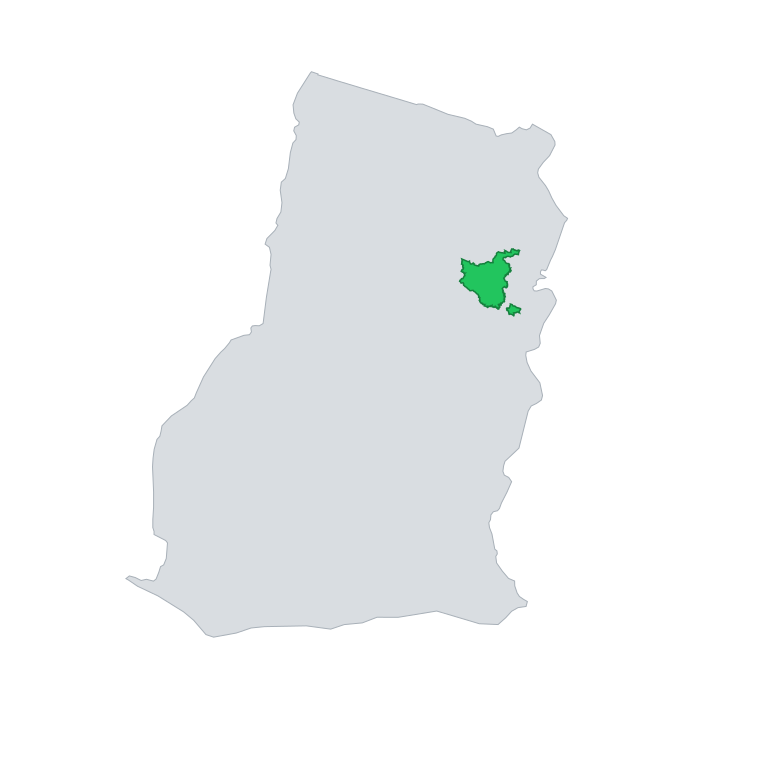 Mion, Northern, Ghana shown in context, rotated 17°
{"feature_id": "2480657B42193515445029", "entity_name": "Mion", "entity_type": "district", "adm_level": 2, "iso_a3": "GHA", "parent_name": "Ghana", "parent_adm1": "Northern", "projection": "orthographic", "projection_center": [-0.239, 9.451], "detail": "fine", "context": "in_parent", "style": "filled", "palette": "green", "viewbox_px": 768, "rotation_deg": 17, "n_neighbors": 0, "source": "geoboundaries", "source_scale": "gbopen_adm2", "svg_char_len": 8650}
<svg xmlns="http://www.w3.org/2000/svg" viewBox="0 0 768 768"><g transform="rotate(17 384 384)"><path d="M470.7,96.7L476.5,102.2L477.7,105.4L475.6,117.2L471.5,125.5L468.8,133.3L469.2,137.1L471.7,141.0L480.5,147.1L484.9,151.1L490.2,157.1L496.3,162.9L506.7,170.5L511.1,171.9L510.9,174.0L509.5,177.0L508.6,205.4L507.8,212.7L507.1,216.5L506.1,227.1L505.0,228.6L503.0,228.5L501.2,228.9L500.8,231.0L501.5,233.2L507.8,234.7L506.4,236.3L501.8,237.8L499.6,241.0L500.6,244.6L498.0,247.5L498.7,249.5L500.4,251.0L503.0,250.4L510.4,245.5L513.5,245.0L517.3,246.0L524.3,253.4L524.6,257.1L521.8,269.6L519.0,279.3L518.5,292.2L521.5,299.4L521.1,303.4L517.9,306.8L510.6,311.8L511.2,315.2L514.5,321.5L520.7,328.6L532.7,337.3L539.0,348.7L539.2,353.3L535.5,358.0L531.2,362.0L529.8,367.8L531.8,405.9L522.3,422.5L522.3,427.2L523.2,432.7L525.7,436.0L530.6,436.9L534.6,440.1L533.2,451.7L531.1,463.5L530.8,469.3L529.6,472.0L525.9,474.2L524.5,477.9L525.5,482.6L524.8,486.0L526.8,490.4L531.1,495.9L538.2,509.5L540.8,510.6L542.0,513.4L541.3,516.2L544.0,522.2L551.8,528.3L559.9,533.5L566.5,534.2L568.1,538.9L572.4,544.9L575.6,547.6L580.6,549.2L584.7,550.1L584.9,555.2L577.5,558.7L572.5,564.0L568.7,572.0L563.4,580.7L545.2,585.4L538.2,585.4L500.8,585.7L465.7,603.0L445.5,609.1L433.1,618.8L416.3,625.7L404.7,634.0L380.4,638.0L340.6,651.0L328.2,656.2L315.6,665.3L295.1,675.9L287.0,675.7L271.1,665.6L259.0,660.5L229.6,652.7L207.6,649.5L197.0,646.2L194.1,645.6L196.6,642.0L202.7,641.8L209.2,642.9L214.0,640.2L221.2,639.9L223.1,637.1L223.7,629.8L223.7,624.0L226.2,621.4L226.8,614.5L223.4,599.2L220.9,597.5L208.1,595.2L207.2,592.2L204.9,588.9L202.5,581.0L199.7,569.3L195.3,554.8L186.8,530.7L184.8,522.3L183.3,513.6L183.1,503.3L184.9,499.5L184.6,494.2L183.9,488.9L190.0,476.7L202.0,461.9L204.5,456.5L206.7,452.8L207.1,447.4L209.3,430.0L215.1,409.0L218.7,401.1L221.2,396.8L224.1,389.8L224.9,386.6L235.8,378.4L240.9,376.2L242.0,373.0L240.3,369.4L241.1,367.0L243.7,365.8L247.7,364.8L250.7,361.5L246.2,335.5L242.7,309.6L242.5,307.4L240.3,303.8L238.1,293.1L234.5,286.8L229.4,285.0L229.5,279.1L234.7,269.2L236.1,263.3L233.6,261.6L233.3,257.0L235.1,249.7L234.3,245.2L233.4,240.4L228.1,229.0L226.8,221.0L229.6,216.3L229.6,206.0L226.8,190.2L226.4,180.2L228.4,176.0L227.5,172.1L223.7,168.3L223.4,164.6L226.7,161.1L226.4,158.3L222.2,156.2L218.6,151.3L215.4,143.6L216.2,131.2L222.5,108.5L223.3,106.6L230.3,106.8L230.3,107.7L252.0,107.7L276.9,107.6L306.5,107.4L333.5,107.3L334.7,106.3L339.2,105.0L366.4,107.4L383.5,106.3L390.7,107.1L396.0,108.6L407.7,107.7L414.0,108.3L418.7,114.0L420.7,113.9L423.3,111.5L428.0,108.8L432.8,106.6L436.2,102.2L438.3,98.8L441.4,99.5L445.9,99.3L448.9,96.5L450.0,92.1L470.7,96.7Z" fill="#d9dde1" stroke="#a8b0b8" stroke-width="1"/><path d="M474.6,216.8L474.3,216.8L474.1,216.7L473.8,216.8L473.8,216.6L473.3,216.6L472.8,217.0L472.7,217.6L472.1,217.8L470.6,217.5L470.3,217.8L469.6,217.8L469.3,217.5L468.6,217.5L468.2,217.1L468.0,217.3L467.5,217.4L466.9,217.4L466.6,217.6L466.4,220.2L467.0,221.1L463.9,221.9L462.6,221.3L460.7,221.0L461.1,221.5L460.9,222.0L460.5,222.2L460.8,222.8L461.1,222.9L461.2,223.3L461.4,223.6L458.7,223.9L458.2,224.1L457.2,224.1L456.4,224.4L454.8,224.1L453.5,225.8L453.4,226.2L453.8,227.6L453.8,228.5L453.0,229.2L452.9,229.8L453.1,230.6L452.2,231.7L451.8,232.8L452.4,235.3L452.8,235.8L452.8,236.1L451.2,236.5L450.4,237.0L447.9,236.5L447.4,236.8L447.2,237.1L446.6,237.5L446.4,238.0L445.8,238.3L444.8,239.8L443.7,239.9L442.2,240.8L441.6,240.8L441.5,241.0L440.6,241.4L440.3,241.9L440.0,242.0L440.0,242.8L439.8,243.1L440.1,243.3L439.9,243.6L439.1,243.5L438.5,243.8L438.2,243.6L437.5,243.7L435.6,243.7L435.4,243.6L434.9,243.0L435.0,242.8L434.6,242.8L434.4,242.5L434.3,242.8L433.6,242.7L433.6,242.9L433.2,243.2L432.4,243.8L431.6,243.9L431.3,243.4L430.6,242.9L430.3,242.4L430.1,242.3L429.8,241.5L429.3,242.0L428.7,242.4L428.3,242.4L421.8,241.7L422.2,242.3L422.7,242.6L422.6,242.9L422.8,243.4L422.6,243.6L422.8,243.9L422.7,244.4L423.0,244.6L422.9,245.2L423.1,246.3L423.2,246.2L423.6,246.4L423.8,246.8L424.0,246.8L424.2,247.0L424.5,247.1L424.6,247.4L424.9,247.4L424.8,248.0L425.0,248.1L424.9,248.5L425.1,248.9L425.7,249.3L425.5,249.5L425.9,249.8L425.8,250.2L426.1,250.4L426.0,250.7L426.1,251.4L425.9,251.6L425.6,251.6L425.2,251.8L425.1,252.3L425.2,252.5L424.9,253.2L424.9,253.6L425.4,253.6L426.1,254.1L426.7,254.1L427.3,253.8L427.5,253.9L427.8,254.2L428.0,254.7L429.0,254.4L428.7,254.8L428.8,255.5L429.2,256.1L429.6,256.4L429.7,256.8L429.5,257.1L429.2,257.1L428.7,260.1L427.8,260.3L427.3,260.7L427.5,261.3L427.1,261.6L426.9,262.1L426.5,262.4L426.6,262.9L426.4,262.9L426.3,263.3L426.3,263.7L427.2,263.9L428.0,264.8L428.2,264.6L428.8,264.8L429.6,264.2L430.2,264.1L430.9,264.9L431.0,265.4L430.9,265.7L431.3,266.3L431.7,266.3L432.9,267.1L433.4,267.0L433.9,267.2L434.7,267.7L435.3,267.7L436.2,268.4L437.7,268.8L438.6,269.6L439.2,269.6L441.8,268.4L442.9,269.1L444.7,269.5L445.2,270.0L446.1,270.3L446.3,270.6L447.8,270.8L448.4,271.9L449.1,272.2L449.0,272.4L449.2,272.5L449.2,273.4L449.7,273.4L449.7,273.5L450.2,273.7L450.3,273.9L450.5,273.8L450.5,274.6L450.7,275.2L450.9,275.3L450.8,275.8L451.2,275.8L451.3,276.2L451.1,276.4L451.6,276.6L451.4,276.9L451.6,277.3L452.5,277.7L452.7,278.1L453.5,278.0L453.7,278.4L454.5,278.1L454.7,278.7L455.1,278.9L455.2,278.7L455.6,279.1L456.2,278.6L456.7,278.9L456.9,278.8L456.8,279.0L457.0,279.2L457.0,279.6L457.3,279.7L457.3,280.0L458.0,279.8L458.7,280.0L459.3,279.8L459.7,279.8L459.9,279.6L460.2,280.4L460.8,280.5L461.1,279.9L461.0,279.5L461.4,279.3L461.7,278.8L462.2,279.0L462.6,278.9L463.0,278.6L463.2,278.0L463.7,278.3L463.7,278.0L464.0,277.6L464.0,278.1L464.4,277.8L465.0,277.8L465.3,278.0L465.2,278.2L465.4,278.4L465.5,278.3L465.7,278.5L466.0,278.3L466.5,278.5L466.7,278.1L467.3,278.2L467.3,277.8L467.7,277.6L467.7,277.3L468.4,277.9L469.1,277.7L469.2,278.2L469.4,278.4L469.9,278.1L470.2,278.4L470.3,278.0L470.9,277.9L471.0,278.9L471.2,279.0L471.8,278.7L471.8,277.5L472.3,276.8L472.2,276.4L471.8,276.5L471.8,276.2L471.6,276.2L471.3,275.6L471.3,275.2L470.9,275.1L471.0,274.9L470.8,274.7L470.3,274.4L470.9,274.0L472.0,274.7L472.3,274.3L472.9,274.3L472.9,274.0L472.7,273.6L472.3,273.4L471.9,272.8L472.2,272.2L472.9,272.4L473.5,272.0L473.6,271.2L473.9,270.8L473.9,270.4L474.3,270.2L475.0,270.2L475.1,269.8L475.0,269.6L474.5,269.5L474.6,267.9L473.9,267.7L474.3,267.1L473.9,266.6L474.1,266.4L474.2,266.1L473.6,265.5L474.4,265.0L473.6,264.0L473.3,264.0L472.8,264.3L472.4,263.8L472.5,263.5L473.3,263.1L473.1,262.1L472.2,262.0L472.1,262.3L471.8,262.3L471.0,261.8L471.3,261.0L470.4,260.6L470.3,260.1L470.5,260.0L470.6,259.6L469.2,258.3L469.8,256.9L470.8,255.6L471.7,256.2L472.1,256.1L472.6,256.3L472.8,255.8L473.2,255.7L473.5,254.8L473.3,254.5L473.0,254.4L473.4,254.0L473.3,253.6L472.9,253.5L473.1,252.9L472.8,252.1L472.7,252.0L472.5,252.3L472.2,251.9L472.2,251.6L471.8,251.4L471.6,251.1L472.0,250.6L471.9,250.2L470.0,250.2L469.5,249.9L468.9,249.1L468.5,248.4L468.0,248.4L467.7,248.1L467.7,247.6L467.8,246.9L468.5,245.9L468.9,244.9L468.1,244.7L468.1,244.4L468.6,243.9L469.7,243.5L469.8,243.3L469.4,242.8L469.4,242.4L469.7,242.0L469.8,242.0L469.9,242.4L470.4,242.5L470.6,242.6L470.5,241.7L470.3,241.2L470.4,240.9L470.7,240.8L470.7,239.9L471.1,239.1L471.4,239.3L471.4,240.0L471.8,240.0L471.8,239.5L472.0,239.0L472.3,238.9L472.3,238.4L471.8,238.4L471.3,238.2L471.6,237.8L471.5,237.4L470.8,237.4L471.1,236.1L470.5,236.4L470.4,236.2L470.0,236.1L469.4,235.4L469.4,234.9L469.6,234.5L469.4,234.4L469.0,234.6L468.8,234.4L469.2,233.5L469.0,233.0L468.4,232.9L468.5,232.7L468.2,232.4L466.0,232.8L465.3,232.6L464.3,231.9L463.3,230.8L461.5,230.4L461.3,229.7L461.2,229.0L461.3,228.1L462.3,227.8L462.7,227.4L463.1,227.7L463.5,227.4L463.9,226.4L464.8,225.8L465.8,225.5L467.7,225.5L467.7,225.2L469.3,224.3L470.0,223.7L470.1,222.8L470.4,222.4L470.7,222.3L471.1,221.5L471.9,221.3L472.8,221.3L473.4,220.9L474.2,221.1L474.7,221.0L474.5,220.1L474.4,217.9L474.6,216.8ZM492.8,276.3L492.2,275.5L492.1,274.9L492.6,273.3L492.5,272.8L492.8,272.5L492.5,272.0L492.1,272.0L491.8,272.1L491.3,271.9L490.9,272.1L489.8,271.9L489.5,272.1L488.9,272.0L488.3,272.2L487.4,271.6L486.5,271.3L486.2,271.5L485.6,271.3L485.1,271.6L484.6,271.7L483.5,270.7L483.1,270.6L481.5,270.6L481.7,271.0L481.6,272.3L481.8,273.2L481.4,275.0L481.0,275.1L480.5,275.0L479.8,275.4L479.5,275.3L479.2,275.5L479.1,275.8L479.2,276.2L479.3,276.4L480.0,276.5L479.8,277.4L480.2,277.7L480.9,277.4L481.0,277.5L481.8,278.3L482.5,279.4L482.9,279.7L482.9,280.4L483.4,280.8L484.1,280.2L486.2,280.1L488.1,280.8L488.2,279.9L487.8,279.5L487.7,278.6L487.2,278.1L488.8,277.4L489.1,277.5L489.4,277.3L489.9,276.5L490.8,276.0L491.7,276.4L492.4,276.2L492.8,276.3Z" fill="#22c55e" stroke="#15803d" stroke-width="1.5"/></g></svg>